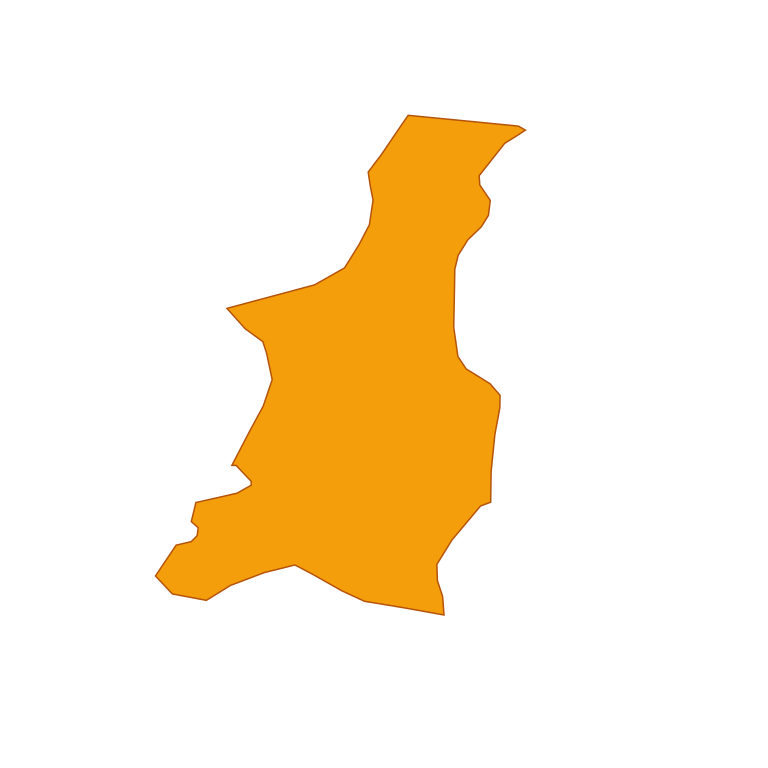 outline of Denbighshire, rotated 32°
{"feature_id": "GBR-2125", "entity_name": "Denbighshire", "entity_type": "Unitary Authority (wales)", "adm_level": 1, "iso_a3": "GBR", "parent_name": "United Kingdom", "parent_adm1": "", "projection": "orthographic", "projection_center": [-3.367, 53.104], "detail": "fine", "context": "isolated", "style": "filled", "palette": "amber", "viewbox_px": 768, "rotation_deg": 32, "n_neighbors": 0, "source": "natural_earth", "source_scale": "10m", "svg_char_len": 1019}
<svg xmlns="http://www.w3.org/2000/svg" viewBox="0 0 768 768"><g transform="rotate(32 384 384)"><path d="M262.2,143.3L361.3,94.1L369.4,93.8L368.9,94.7L366.0,101.2L358.8,116.0L354.3,156.9L359.7,164.4L376.8,172.0L383.2,185.6L383.2,199.2L378.7,217.3L378.7,235.5L383.2,249.1L393.2,265.7L413.1,299.0L432.2,321.6L445.8,327.7L460.3,327.6L473.9,327.6L488.4,332.1L494.8,342.7L504.9,368.3L521.3,401.6L537.1,427.7L530.5,436.3L524.3,480.2L524.4,508.9L533.5,522.5L546.3,533.1L557.3,548.1L519.1,563.4L482.7,578.6L458.1,581.7L424.3,583.2L404.3,584.7L382.4,607.4L360.5,636.2L348.0,661.6L315.8,674.2L291.9,667.9L293.1,630.8L304.1,619.8L305.9,611.6L302.6,604.4L293.5,602.8L287.3,584.2L317.2,554.5L325.0,540.2L322.9,536.9L301.7,531.4L298.1,533.6L295.1,495.6L293.3,466.8L286.9,439.6L267.9,419.9L258.8,412.3L237.0,410.7L210.7,403.1L272.6,336.7L289.0,306.5L289.0,279.3L287.2,256.6L277.3,233.9L267.4,223.3L258.3,212.7L259.3,200.6L260.2,191.5L261.2,164.3L262.0,145.7L262.2,143.3Z" fill="#f59e0b" stroke="#b45309" stroke-width="1.5"/></g></svg>